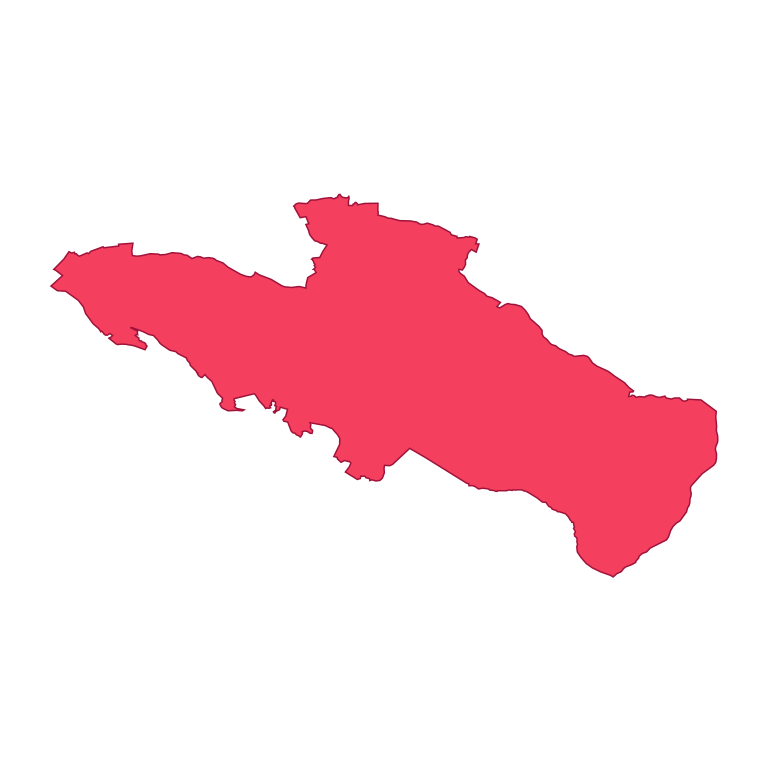 outline of Baita De Sub Codru, Maramures, Romania, rotated 181°
{"feature_id": "2599482B56138966689543", "entity_name": "Baita De Sub Codru", "entity_type": "district", "adm_level": 2, "iso_a3": "ROU", "parent_name": "Romania", "parent_adm1": "Maramures", "projection": "robinson", "projection_center": [23.146, 47.54], "detail": "fine", "context": "isolated", "style": "filled", "palette": "rose", "viewbox_px": 768, "rotation_deg": 181, "n_neighbors": 0, "source": "geoboundaries", "source_scale": "gbopen_adm2", "svg_char_len": 6133}
<svg xmlns="http://www.w3.org/2000/svg" viewBox="0 0 768 768"><g transform="rotate(181 384 384)"><path d="M472.7,563.4L475.1,562.5L477.4,560.2L476.3,559.1L476.3,558.4L470.7,548.8L465.0,550.0L462.0,542.9L464.9,542.1L462.1,536.2L461.0,532.3L458.8,529.3L455.8,526.0L452.7,525.2L450.1,523.7L448.1,523.6L443.4,522.0L447.5,515.4L450.4,509.4L457.3,508.7L458.5,507.6L457.5,507.3L457.5,506.3L456.8,505.8L456.2,503.7L455.0,502.5L455.9,501.2L454.4,499.4L456.6,497.4L455.7,497.3L453.8,494.2L462.1,489.1L463.6,482.2L463.8,478.6L470.5,480.0L478.1,478.9L485.0,479.4L487.8,480.4L498.6,486.6L510.7,491.0L514.7,493.5L515.8,491.0L518.2,489.1L519.6,488.7L523.9,489.3L529.1,491.1L541.9,498.0L547.1,502.2L553.7,504.6L555.8,506.2L557.6,506.8L562.0,507.3L566.5,506.6L569.6,507.9L572.6,508.3L578.2,506.1L583.1,509.3L585.9,509.5L589.2,511.0L598.1,511.6L604.9,509.6L610.3,509.2L611.7,509.9L619.8,510.2L629.6,507.9L633.5,507.5L637.3,507.9L638.0,508.7L638.5,512.8L637.5,520.4L651.8,519.1L651.6,517.3L654.8,516.9L666.4,515.3L667.3,516.3L679.6,511.5L681.7,509.2L683.2,509.9L690.7,506.5L692.7,507.4L693.7,508.8L695.4,508.8L695.8,510.3L698.7,509.5L701.3,510.8L706.2,503.4L716.2,492.8L714.1,491.9L707.3,486.8L718.7,476.1L712.2,471.6L704.0,471.2L691.2,462.4L685.9,455.8L683.6,449.3L675.9,439.2L670.2,434.4L668.0,431.3L667.6,431.9L666.4,431.4L665.0,429.3L663.4,428.0L661.5,428.0L658.9,429.7L656.2,427.7L658.3,425.7L658.4,424.9L659.3,425.5L659.9,425.0L652.3,419.2L651.0,418.8L647.2,419.3L643.0,419.2L635.0,418.0L623.5,414.1L621.6,417.8L622.6,418.4L622.8,419.8L624.2,421.2L626.2,421.7L627.3,422.8L629.1,422.9L629.9,423.8L629.9,425.7L633.6,428.1L632.8,429.1L631.1,428.9L631.5,430.8L631.3,432.5L638.7,436.1L636.4,435.8L625.9,432.2L620.0,429.4L615.4,428.5L611.2,424.3L608.5,420.6L605.4,418.3L598.7,414.0L592.7,412.7L590.7,410.8L582.0,406.6L581.1,404.2L578.4,401.3L578.2,399.8L577.5,398.7L571.9,393.4L571.5,392.1L570.1,391.5L570.5,390.6L569.5,389.1L567.4,387.6L565.9,387.4L563.2,390.3L560.6,387.3L556.2,383.6L550.8,372.6L549.7,371.1L545.1,367.0L545.8,364.9L545.4,363.5L547.5,361.8L547.8,361.1L546.4,358.3L544.8,356.9L539.4,354.5L530.7,355.1L525.1,354.7L523.5,355.7L530.7,356.9L533.2,358.6L532.0,360.7L533.3,362.6L532.6,364.0L533.6,365.1L533.6,366.7L513.5,372.0L511.9,370.3L508.3,364.8L503.6,359.9L501.9,357.4L500.9,358.0L498.6,357.7L496.9,358.3L497.9,360.0L497.5,360.9L496.3,360.8L496.0,361.8L496.7,362.9L495.2,366.2L494.1,366.0L494.3,364.7L492.4,364.4L491.9,362.8L492.9,360.5L491.0,359.7L491.5,359.0L491.8,356.1L494.1,354.2L493.2,353.1L492.4,353.2L492.3,354.0L490.6,355.2L488.0,356.5L487.3,359.0L480.0,357.0L481.7,350.1L484.4,346.5L483.5,345.0L479.6,344.3L476.1,335.5L474.3,333.6L471.9,333.2L470.8,331.7L468.2,330.7L467.0,329.6L466.5,329.6L464.9,332.4L464.6,333.7L465.0,334.7L463.0,335.6L459.9,335.3L457.0,333.4L455.1,333.4L454.5,335.9L455.4,337.3L456.6,338.1L456.8,340.6L456.4,341.8L457.3,344.0L442.2,341.5L436.4,338.9L435.3,338.8L429.4,332.3L427.3,328.7L427.3,322.8L432.9,310.6L429.3,309.8L429.4,308.6L429.0,308.0L425.6,305.0L422.2,306.8L417.2,305.7L416.0,304.9L415.8,304.1L417.3,300.5L421.1,295.3L409.0,288.1L406.0,289.1L405.7,291.3L402.0,291.5L401.2,291.3L400.5,290.0L396.8,289.1L396.5,287.2L394.4,288.0L390.5,286.9L386.4,287.5L384.0,289.8L382.1,295.2L382.5,299.8L382.1,302.7L376.9,302.4L373.9,303.9L357.2,320.1L340.8,310.9L299.5,286.2L297.5,285.7L297.3,283.8L293.6,283.9L290.9,282.9L287.6,280.7L283.9,281.5L279.0,281.1L277.5,280.8L276.5,279.8L272.7,279.5L270.2,278.6L268.8,278.7L268.4,279.3L259.9,279.4L257.1,280.3L254.0,279.8L252.6,280.6L251.1,280.2L247.2,280.6L243.6,280.4L242.6,279.6L240.8,279.4L238.3,278.3L229.1,272.9L223.6,268.7L220.0,268.5L217.8,265.3L216.8,264.3L214.8,263.6L213.7,261.8L209.6,260.5L208.3,259.4L206.0,259.2L200.2,257.4L197.3,254.4L195.7,251.6L194.2,250.1L193.8,248.9L192.0,248.9L191.8,246.0L191.1,244.4L192.0,242.9L190.0,239.8L191.1,237.4L190.7,235.3L188.9,233.9L188.2,232.3L188.4,229.7L187.7,227.1L188.4,224.7L187.9,220.2L187.6,219.1L184.0,214.0L178.7,208.1L172.5,203.8L164.0,199.9L154.1,196.6L151.5,195.1L148.1,198.3L143.4,200.6L141.2,203.7L139.0,205.4L133.2,207.7L129.4,209.9L128.8,211.6L126.3,214.4L126.0,216.2L122.9,219.0L118.5,220.7L115.0,224.6L98.8,233.1L96.9,236.1L94.7,242.8L92.4,246.8L89.4,249.9L85.7,252.3L79.3,261.4L78.4,265.4L77.0,267.5L76.2,270.5L76.0,275.0L75.1,277.2L75.0,280.4L75.7,283.1L75.7,286.1L75.2,287.4L64.2,300.0L53.0,308.5L51.0,311.3L50.3,315.4L50.3,320.0L51.4,323.8L51.4,326.3L49.4,332.0L49.3,333.9L49.5,338.0L50.9,343.1L50.7,347.6L51.7,356.7L51.3,362.5L66.7,373.6L80.3,374.1L80.3,373.0L82.5,372.2L84.8,372.2L88.4,375.2L93.7,375.0L96.3,374.0L101.6,374.9L102.9,376.8L108.3,375.4L111.8,376.0L115.4,377.5L118.3,377.6L122.1,376.3L122.8,375.5L128.3,375.9L131.8,375.1L133.7,376.8L135.8,377.1L136.4,376.2L139.2,375.8L138.1,380.2L134.9,380.5L134.4,381.4L139.2,384.9L143.4,389.4L153.5,395.8L159.7,400.4L171.3,405.5L175.9,408.7L179.4,413.7L181.3,415.2L184.9,416.1L194.3,414.9L195.9,416.0L199.9,417.2L203.0,419.6L209.5,422.4L213.0,425.2L217.0,426.3L218.8,427.7L221.8,431.3L225.4,434.0L226.8,436.7L226.9,440.4L230.2,444.4L238.8,451.7L241.2,456.3L244.3,460.4L247.9,463.9L254.3,465.7L258.6,465.9L261.3,466.6L263.8,465.8L269.7,462.1L272.5,463.3L269.0,467.6L277.2,472.1L282.7,473.6L285.0,476.1L290.8,479.3L301.5,486.8L305.7,493.3L309.3,495.7L311.0,497.6L311.1,500.0L307.7,499.3L305.8,502.1L304.5,505.1L304.8,509.4L303.1,511.4L302.7,514.8L301.9,516.8L299.0,520.0L294.2,517.4L291.5,525.6L294.8,525.8L293.3,530.3L295.8,531.8L300.9,533.0L301.1,532.3L304.7,532.7L306.9,531.8L313.4,531.3L313.6,532.9L319.3,534.3L320.6,536.8L332.6,542.9L335.5,542.7L337.8,544.0L343.6,545.6L347.2,544.4L349.7,544.3L351.6,544.9L353.9,546.4L360.4,547.5L371.1,547.6L380.4,549.9L382.6,549.8L386.1,551.3L393.0,552.8L392.8,555.8L393.2,557.5L393.2,564.6L406.3,564.2L413.6,562.7L414.0,564.0L415.3,565.1L416.0,565.0L416.8,563.7L417.9,563.4L418.6,561.9L422.7,561.9L422.7,566.2L422.1,569.4L422.5,570.9L423.3,569.9L425.0,569.4L428.5,569.9L429.8,570.7L431.4,572.9L432.6,572.4L433.7,570.7L433.6,569.8L435.5,569.3L437.1,568.2L440.3,569.4L447.9,568.5L455.2,566.8L460.7,566.6L463.3,563.7L464.8,563.0L472.7,563.4Z" fill="#f43f5e" stroke="#9f1239" stroke-width="1.5"/></g></svg>